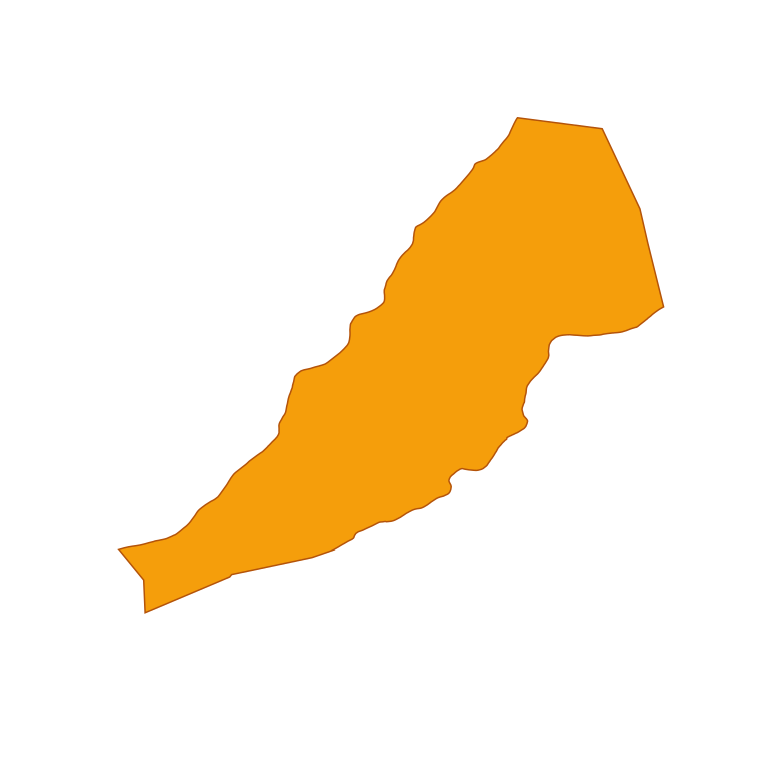 Belle Vue, Choiseul, Saint Lucia, rotated 232°
{"feature_id": "8701671B26801747706600", "entity_name": "Belle Vue", "entity_type": "district", "adm_level": 2, "iso_a3": "LCA", "parent_name": "Saint Lucia", "parent_adm1": "Choiseul", "projection": "equal_earth", "projection_center": [-61.036, 13.806], "detail": "fine", "context": "isolated", "style": "filled", "palette": "amber", "viewbox_px": 768, "rotation_deg": 232, "n_neighbors": 0, "source": "geoboundaries", "source_scale": "gbopen_adm2", "svg_char_len": 6161}
<svg xmlns="http://www.w3.org/2000/svg" viewBox="0 0 768 768"><g transform="rotate(232 384 384)"><path d="M377.4,73.9L350.8,54.9L326.9,143.6L327.6,146.6L291.4,220.5L284.1,241.8L284.8,241.4L284.5,243.0L284.1,245.8L283.8,247.8L283.6,249.7L283.2,252.7L282.9,254.4L282.3,258.9L281.7,261.8L281.4,263.2L281.4,264.2L281.4,265.1L281.6,265.7L282.5,267.0L282.9,267.8L283.6,269.8L283.5,271.9L283.4,272.9L282.4,275.8L281.9,277.4L281.1,281.1L280.5,283.6L279.6,287.2L278.5,293.0L278.0,295.2L277.3,296.5L276.2,298.1L275.0,300.3L273.9,301.2L271.9,304.4L271.5,305.1L271.1,305.9L270.5,307.4L270.1,308.7L269.6,311.2L269.1,314.0L268.9,315.0L268.8,316.7L268.5,320.1L268.5,320.9L268.3,322.7L268.1,323.6L267.9,325.1L267.2,328.7L266.6,330.6L266.1,331.8L265.3,333.4L264.1,335.4L263.4,336.8L263.0,338.1L262.6,339.8L262.5,340.7L262.1,343.8L262.0,348.9L261.5,354.8L261.1,356.7L260.5,358.5L259.0,362.0L258.6,364.0L258.2,365.5L258.0,366.6L258.0,367.6L258.2,368.7L258.5,369.5L258.9,370.3L259.8,371.7L261.1,373.1L261.8,373.8L262.6,374.2L263.3,374.5L265.7,374.9L266.9,375.2L267.5,375.4L267.9,375.7L268.5,376.3L269.0,377.0L269.8,378.6L270.0,379.2L270.3,381.0L270.3,383.5L270.5,386.1L270.5,388.1L270.2,390.4L270.1,391.5L269.8,392.3L269.4,393.3L269.0,393.8L267.2,395.2L264.2,398.0L260.3,402.1L259.3,403.3L258.9,403.8L258.2,405.0L257.9,405.6L256.8,408.3L256.6,409.2L256.4,410.1L256.4,414.0L256.5,414.9L256.7,415.7L257.4,417.6L258.1,420.1L258.6,421.4L259.1,423.5L259.6,425.0L259.8,425.6L260.4,427.3L261.3,429.5L261.7,430.9L262.3,432.2L263.2,434.2L263.5,435.0L263.6,436.0L263.9,436.9L263.9,437.7L264.6,440.7L264.8,442.2L264.9,443.6L265.1,444.5L265.0,446.6L266.1,448.0L265.6,450.9L265.1,452.7L264.9,454.0L264.6,454.8L264.1,457.4L263.7,458.7L263.4,460.6L263.3,461.6L263.0,464.7L262.8,466.3L262.8,467.1L262.9,468.0L263.1,468.7L263.2,469.3L263.5,470.1L264.3,471.4L264.7,472.2L266.0,473.9L266.4,474.3L267.0,474.6L267.7,474.7L269.1,474.8L269.6,474.7L272.7,474.5L274.0,474.9L276.1,475.8L278.8,477.0L279.4,477.5L280.4,478.6L280.9,479.4L282.6,482.0L283.1,483.2L283.6,483.8L285.6,485.6L286.9,487.1L287.5,487.7L288.4,489.0L289.5,490.4L292.7,493.4L293.5,494.4L294.0,495.2L294.4,495.9L295.2,498.3L296.1,501.1L296.5,503.3L297.0,506.6L297.4,511.2L297.7,512.8L298.3,515.3L299.1,517.6L299.8,519.9L300.5,521.8L301.2,524.0L302.3,526.9L302.8,528.2L303.2,529.1L303.9,530.1L305.1,531.5L305.5,531.8L308.4,533.6L311.3,536.4L313.1,538.3L313.8,539.7L314.5,541.4L315.0,542.9L315.1,547.9L315.0,548.5L314.3,551.0L314.0,551.7L313.5,552.9L312.5,554.8L310.1,558.5L308.4,560.8L305.5,563.9L303.7,566.0L299.0,571.1L296.5,574.1L296.0,574.8L295.7,575.3L294.8,576.6L293.4,579.0L290.0,583.9L289.1,585.5L288.3,587.4L286.2,591.1L285.1,592.9L283.6,595.4L283.1,596.0L282.8,596.6L280.8,599.6L279.6,601.6L278.5,603.7L277.6,606.1L277.0,607.6L275.5,612.6L273.8,617.0L273.4,617.7L273.2,618.6L273.1,619.5L273.2,621.9L273.2,622.8L273.2,628.3L273.3,629.4L273.2,630.9L273.4,632.7L273.4,636.2L273.6,638.2L273.6,641.8L273.4,646.2L273.3,647.0L273.1,648.7L272.6,651.8L332.8,678.7L364.4,693.5L450.8,713.1L511.6,653.1L511.4,652.3L510.7,650.4L509.2,647.1L505.0,638.8L504.7,638.3L504.0,637.1L503.2,635.4L502.4,632.7L501.9,630.5L501.6,628.6L501.2,626.8L500.2,622.6L499.3,619.8L499.1,618.9L499.0,617.9L498.9,617.1L498.9,616.3L498.6,614.2L498.3,609.6L498.2,604.0L498.2,603.0L498.3,602.0L498.6,600.7L500.7,595.0L501.1,593.4L501.3,592.0L501.2,590.7L500.7,589.9L499.7,588.3L499.3,587.6L498.8,586.3L498.5,585.5L497.2,580.4L496.6,577.5L495.2,570.4L494.4,566.5L494.2,564.8L493.7,562.1L493.4,559.3L493.4,556.1L493.5,553.9L493.8,551.3L493.8,550.4L493.9,549.6L493.9,546.5L493.6,543.4L493.3,541.6L492.8,539.9L492.0,537.9L488.6,530.3L488.4,529.5L488.2,528.6L488.1,528.0L487.5,524.5L487.1,520.7L486.9,518.4L486.8,515.1L487.0,512.6L487.4,510.0L487.9,507.9L488.0,506.9L488.0,505.4L486.7,503.5L485.1,501.4L484.1,500.3L482.3,498.6L481.4,497.6L479.1,495.7L478.1,494.4L477.1,493.0L476.7,492.3L475.5,488.7L474.9,485.1L474.8,482.2L474.2,477.7L473.7,475.4L473.2,473.6L472.4,471.3L471.1,468.7L470.4,467.4L469.5,466.1L467.6,462.6L466.5,460.1L466.0,459.0L465.2,456.8L464.7,454.0L464.2,452.3L463.6,450.5L463.3,449.7L462.3,448.1L461.8,447.4L461.2,446.8L459.3,444.2L458.4,442.8L457.9,442.1L457.3,441.6L455.9,440.5L453.6,439.1L452.8,438.5L452.0,437.9L450.7,436.9L449.6,435.8L449.1,435.2L448.7,434.5L448.4,433.7L448.2,432.7L448.0,430.6L448.0,428.4L448.1,425.1L448.4,422.6L449.2,419.2L450.2,416.1L451.4,413.1L453.8,407.9L454.3,406.4L454.5,405.5L454.8,403.7L454.8,402.6L454.6,401.7L453.3,397.9L452.5,396.2L452.2,395.1L451.6,394.2L451.1,393.7L447.8,390.6L444.8,388.4L443.0,386.9L440.1,384.0L438.5,382.0L438.1,381.3L437.4,379.6L437.1,378.7L436.3,374.1L435.8,369.4L435.7,368.5L435.7,353.2L435.9,350.4L436.1,349.5L437.1,346.6L437.8,345.0L438.1,344.1L439.9,340.0L441.5,335.7L442.9,332.7L444.1,330.3L444.5,329.4L445.1,327.6L445.4,326.8L445.5,325.0L445.5,321.8L445.3,320.8L445.0,319.0L444.7,318.1L444.2,317.4L441.5,314.3L440.0,312.2L439.1,311.0L438.1,310.0L437.3,309.0L436.6,307.7L434.7,304.8L433.4,302.5L431.5,299.8L430.5,298.6L428.0,295.8L426.4,293.7L423.5,290.5L422.3,289.0L421.9,288.3L421.4,287.3L421.2,286.8L420.8,285.4L420.3,283.9L419.1,281.3L418.1,278.7L417.5,277.5L417.0,276.8L416.6,276.3L415.8,275.5L413.4,273.8L413.0,273.5L411.8,272.5L410.3,271.4L409.4,270.1L408.8,268.9L408.3,267.5L408.0,266.5L407.9,265.5L407.6,264.2L407.2,260.2L406.5,255.8L406.5,255.0L406.1,253.0L406.0,252.2L405.9,251.3L405.5,247.4L405.5,245.7L405.7,243.9L405.9,239.9L406.1,231.7L406.1,230.1L405.8,227.5L405.7,225.6L405.7,219.1L405.7,218.3L405.7,213.4L405.7,212.6L405.5,210.4L405.1,208.7L404.0,204.9L403.4,203.6L403.2,202.8L401.6,198.7L401.0,196.8L397.9,186.2L397.3,183.7L397.3,182.8L397.3,180.3L397.5,178.2L398.1,175.2L398.7,169.0L398.8,164.4L398.8,162.4L398.7,160.8L398.4,159.0L397.9,157.3L396.7,153.9L395.2,148.4L394.8,147.2L394.2,144.4L393.9,142.0L393.8,141.0L393.8,137.2L393.6,132.4L393.6,128.7L393.7,127.4L393.8,126.5L394.3,125.0L394.6,123.4L396.0,117.9L396.2,117.3L396.9,115.6L397.7,113.9L398.9,111.5L399.4,110.4L400.7,108.0L401.3,106.8L401.8,105.3L403.6,101.3L405.3,97.1L407.3,92.7L409.3,89.0L411.1,85.9L413.0,82.4L414.8,78.6L417.1,73.0L377.4,73.9Z" fill="#f59e0b" stroke="#b45309" stroke-width="1.5"/></g></svg>